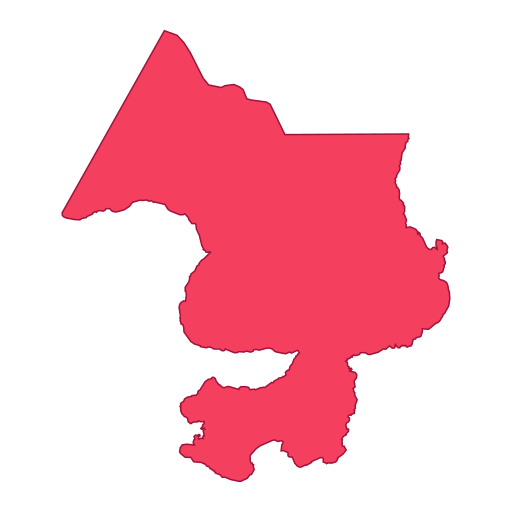 Oikull, Palau
{"feature_id": "81905179B41520221517607", "entity_name": "Oikull", "entity_type": "district", "adm_level": 2, "iso_a3": "PLW", "parent_name": "Palau", "parent_adm1": "", "projection": "albers", "projection_center": [134.583, 7.366], "detail": "fine", "context": "isolated", "style": "filled", "palette": "rose", "viewbox_px": 512, "rotation_deg": 0, "n_neighbors": 0, "source": "geoboundaries", "source_scale": "gbopen_adm2", "svg_char_len": 6103}
<svg xmlns="http://www.w3.org/2000/svg" viewBox="0 0 512 512"><path d="M62.2,212.7L62.3,215.3L63.8,216.9L66.3,218.0L74.8,219.6L80.0,219.8L82.2,218.3L86.1,217.7L87.1,216.5L92.6,214.0L93.4,212.4L94.8,211.7L96.5,212.4L97.4,211.1L99.8,210.6L103.3,211.1L105.3,210.0L105.9,208.6L109.8,208.7L111.7,210.9L113.4,211.6L115.4,212.0L117.8,211.6L124.2,209.8L129.4,206.4L132.4,202.4L139.8,200.2L142.3,200.5L146.1,200.0L149.2,201.2L151.2,200.7L153.8,202.4L154.5,202.0L164.9,204.4L167.9,209.2L170.0,210.8L179.9,214.8L183.3,214.7L184.7,213.7L188.6,217.9L188.6,219.3L191.9,223.6L194.8,223.6L195.9,224.3L196.4,229.0L199.4,235.5L201.9,245.9L203.8,249.0L203.2,249.5L205.6,251.1L205.9,252.1L207.6,252.4L209.5,251.7L210.4,252.3L203.5,259.2L201.6,260.1L199.0,263.5L198.8,264.9L197.0,265.9L194.9,270.9L191.0,274.0L190.6,275.8L189.5,276.5L189.6,278.9L188.7,282.0L185.2,287.2L185.2,291.2L186.0,291.4L186.3,295.1L185.5,301.2L183.5,300.9L181.6,302.1L180.2,303.4L179.4,305.4L179.1,307.7L180.4,315.9L179.9,318.4L180.5,318.9L180.1,320.2L181.1,324.0L182.8,324.6L183.7,327.3L184.0,332.0L190.9,341.6L194.5,344.0L200.4,345.8L200.4,346.6L206.4,347.8L207.9,347.0L211.0,347.3L213.9,349.0L219.6,349.0L221.5,350.5L223.7,350.8L224.9,350.1L225.2,349.0L234.3,352.7L237.1,352.6L238.8,351.7L244.2,352.0L246.4,351.1L250.5,352.1L253.0,351.3L253.7,349.8L256.5,349.5L259.3,350.2L266.5,348.2L269.6,348.1L272.7,349.3L274.5,351.2L276.7,352.1L285.6,353.8L289.6,352.0L291.4,353.1L297.7,350.3L299.4,352.8L297.6,354.3L297.6,355.1L295.8,356.3L295.7,357.4L294.0,359.1L292.2,363.9L290.1,366.2L289.0,370.3L288.0,370.1L286.1,371.4L285.4,372.6L286.0,375.2L283.6,376.6L282.8,376.5L282.4,377.3L278.5,378.2L278.1,379.0L274.1,381.0L273.4,382.7L271.6,382.4L264.8,387.5L263.6,387.2L260.0,387.9L255.5,389.8L254.3,389.1L249.9,389.7L248.6,387.4L245.7,386.7L240.9,386.7L238.9,388.4L238.8,389.4L229.2,386.6L227.4,386.5L224.3,387.7L222.4,387.3L219.5,384.6L218.9,384.7L216.3,381.4L215.2,378.5L213.6,377.3L212.1,377.4L211.2,378.8L208.2,379.4L205.0,381.8L199.9,390.1L198.6,390.6L197.8,392.0L197.8,393.6L195.9,395.2L191.7,395.6L191.0,396.5L187.3,397.2L184.6,398.9L183.7,401.2L180.7,403.4L180.7,406.0L180.0,406.3L180.9,408.1L180.6,410.1L181.6,413.3L184.5,416.7L186.1,417.0L187.5,418.4L188.3,421.9L190.8,423.7L193.3,422.0L197.8,421.9L198.3,420.8L201.0,421.8L204.2,421.5L204.0,423.5L202.9,424.6L202.0,427.5L200.8,428.3L201.5,429.3L202.1,429.3L202.6,428.0L204.2,428.2L204.9,429.2L203.4,430.0L203.2,431.2L204.3,435.6L203.4,435.6L202.7,437.2L203.3,438.5L200.5,438.3L198.5,439.1L198.5,436.6L199.9,436.2L200.0,435.1L199.1,434.4L198.2,434.9L198.3,435.9L195.7,435.0L194.0,436.5L194.9,439.4L193.7,440.2L193.1,442.7L194.4,445.0L186.6,444.2L182.2,444.9L180.2,447.8L179.6,452.0L181.0,453.9L185.3,457.3L190.8,457.4L193.7,461.8L201.1,462.4L204.3,463.9L204.7,463.6L206.9,466.2L208.6,466.4L210.3,468.8L211.3,468.9L212.0,469.8L213.0,469.9L213.4,470.9L214.6,471.1L215.2,472.9L220.3,474.9L222.2,477.3L225.1,477.2L230.6,479.5L238.7,481.3L241.1,481.2L247.1,478.4L249.9,474.8L251.5,474.4L254.2,469.6L253.1,465.8L253.6,464.8L252.2,464.0L252.2,463.1L251.1,462.9L250.3,461.3L250.1,456.2L250.8,454.7L256.0,448.8L260.1,445.8L272.6,440.3L275.3,440.0L276.2,440.9L278.7,441.5L279.4,440.9L282.1,441.0L283.3,442.2L281.8,444.9L281.1,450.9L283.4,450.6L288.0,452.6L288.0,455.8L289.1,456.9L292.3,457.1L294.8,463.3L297.7,466.4L299.7,467.1L301.3,467.0L305.3,465.0L306.4,465.3L311.6,462.4L311.7,461.5L320.0,457.8L322.2,457.6L323.3,458.6L323.2,462.1L326.2,463.1L326.5,463.7L328.3,462.9L331.9,463.1L335.9,461.8L337.8,459.0L337.6,458.0L343.0,454.1L346.2,450.0L344.0,446.1L342.7,446.3L342.1,445.7L342.3,442.9L341.8,441.8L342.4,439.8L341.5,439.1L343.5,436.3L346.4,434.7L346.2,433.7L348.4,431.4L348.7,429.8L348.3,429.0L346.9,429.2L345.8,424.7L346.4,423.1L348.6,421.7L349.4,420.4L349.5,418.1L348.1,417.1L348.1,416.1L349.1,415.0L351.0,415.3L352.1,413.8L353.7,413.7L354.6,413.0L354.0,411.3L354.7,410.7L354.2,409.8L355.3,408.4L355.3,405.0L357.2,399.8L354.8,395.3L354.8,392.7L353.6,391.4L353.7,390.0L353.0,388.6L355.1,387.0L354.1,381.0L356.4,378.1L356.8,374.7L355.2,372.4L349.8,371.1L351.9,369.4L351.2,368.2L349.8,368.4L349.3,369.2L348.7,368.1L349.1,366.9L347.6,365.9L347.5,362.8L345.6,361.4L345.9,360.9L346.8,360.9L347.7,359.4L347.3,359.1L349.9,358.3L350.2,357.4L352.4,357.0L352.0,356.1L353.5,355.0L354.9,355.6L358.4,354.9L359.6,354.3L360.2,352.9L362.2,352.7L365.4,352.7L367.8,354.3L369.6,354.6L378.1,352.3L383.4,348.9L385.7,349.3L389.4,345.9L392.2,348.1L393.3,348.2L394.7,347.8L395.5,344.6L396.6,346.4L398.2,347.8L399.8,347.8L400.6,346.2L402.0,346.0L402.7,345.2L404.0,346.0L405.1,345.4L406.2,345.8L406.3,346.9L407.7,347.0L409.8,345.8L410.9,346.1L412.0,344.5L413.1,339.5L415.7,338.9L416.0,337.9L417.2,337.4L420.7,336.6L422.3,332.0L422.4,328.8L428.6,329.3L436.2,323.0L437.2,323.0L439.5,321.3L442.8,315.9L443.1,314.2L444.4,313.7L448.7,306.0L449.8,298.7L449.3,291.4L448.6,290.2L447.9,285.7L446.6,282.5L443.8,280.6L439.7,279.5L438.5,277.2L439.2,276.1L438.8,273.2L441.3,272.8L442.7,271.7L444.3,266.4L443.7,265.5L445.3,263.7L445.3,261.4L444.3,260.7L444.7,259.1L443.2,256.2L447.2,252.9L447.4,251.5L446.7,250.7L447.8,247.3L447.3,246.0L445.0,243.0L442.5,243.8L442.8,242.0L441.8,240.6L436.8,239.5L436.1,241.4L436.0,245.3L437.1,248.0L437.1,249.4L434.8,247.3L432.8,247.5L431.0,249.6L428.2,248.8L426.3,246.5L422.6,238.1L420.5,236.0L419.8,233.1L418.7,232.3L418.0,234.3L417.5,233.9L417.8,232.2L415.9,229.3L410.4,226.9L406.1,227.5L406.3,225.2L405.5,222.8L406.5,220.7L406.3,219.5L404.4,214.6L403.4,214.0L404.6,211.3L404.7,206.9L404.0,205.1L403.2,204.8L403.5,203.2L401.1,200.2L399.8,199.9L399.2,197.6L399.6,193.6L399.2,190.3L398.3,188.4L396.5,187.2L396.9,186.6L395.2,182.8L395.6,180.3L394.9,178.7L396.4,177.3L396.9,174.6L399.8,169.9L399.8,166.6L399.1,166.0L400.7,163.9L400.2,161.4L401.1,160.4L402.1,152.9L405.4,147.8L405.1,146.1L406.2,142.2L407.7,141.5L408.0,139.2L409.0,138.3L408.3,137.6L408.7,134.0L284.9,134.6L270.1,104.2L266.2,102.0L250.4,99.9L246.8,98.7L243.1,89.6L239.7,87.0L234.0,84.5L225.3,85.6L221.2,87.5L208.6,84.9L203.2,78.3L190.3,52.7L183.9,42.7L177.1,35.3L164.4,30.7L62.2,212.7Z" fill="#f43f5e" stroke="#9f1239" stroke-width="1.5"/></svg>